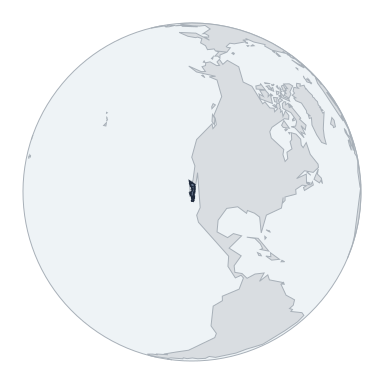 globe centered on Baja California Sur, rotated 37°
{"feature_id": "MEX-2707", "entity_name": "Baja California Sur", "entity_type": "State", "adm_level": 1, "iso_a3": "MEX", "parent_name": "Mexico", "parent_adm1": "", "projection": "orthographic", "projection_center": [-111.883, 25.437], "detail": "fine", "context": "on_globe", "style": "filled", "palette": "slate", "viewbox_px": 384, "rotation_deg": 37, "n_neighbors": 0, "source": "natural_earth", "source_scale": "10m", "svg_char_len": 12795}
<svg xmlns="http://www.w3.org/2000/svg" viewBox="0 0 384 384"><g transform="rotate(37 192 192)"><circle cx="192" cy="192" r="169" fill="#eef3f6" stroke="#a8b0b8"/><path d="M41.3,260.2L41.8,261.4L41.7,261.4L41.3,260.2ZM284.8,229.7L281.3,228.9L278.3,234.5L265.5,229.8L259.9,221.2L215.4,212.3L209.7,207.7L207.9,199.5L184.8,173.2L198.6,198.6L191.2,194.1L183.7,185.2L186.1,182.7L178.6,169.4L170.9,164.4L164.1,147.3L167.0,125.5L170.6,128.8L170.9,123.6L166.4,119.3L163.4,117.9L158.3,97.9L144.6,87.5L136.5,89.6L141.2,85.4L123.4,93.4L113.6,93.4L127.0,90.3L130.2,87.7L124.6,85.9L126.7,82.9L125.2,80.5L128.1,77.2L135.7,76.2L137.8,74.3L133.7,73.1L134.1,69.6L139.8,71.5L141.0,65.6L154.0,63.9L166.7,73.4L176.2,71.5L195.4,79.0L196.0,76.2L203.6,78.0L207.2,75.7L209.7,78.2L210.3,74.2L207.3,72.4L206.5,70.1L208.3,68.7L211.9,71.5L211.5,72.6L213.5,72.8L214.6,74.9L215.1,73.0L219.2,76.9L217.8,71.1L223.3,72.6L225.4,75.8L221.6,77.9L216.9,92.3L217.8,97.0L222.8,101.1L239.7,102.8L242.1,107.4L248.0,111.6L248.4,107.7L243.9,103.1L245.9,97.4L240.1,92.9L240.1,90.1L235.6,84.9L240.2,83.2L247.0,84.4L251.0,88.8L254.1,89.7L253.5,83.8L263.8,90.8L275.9,93.9L278.2,96.3L277.0,103.4L269.1,107.3L267.5,118.3L272.5,108.9L278.0,115.8L280.6,116.1L282.6,114.7L282.0,111.3L284.7,113.4L280.9,123.1L278.3,121.3L279.6,118.1L275.9,120.2L273.3,127.6L276.4,131.0L269.3,140.0L271.4,142.7L271.0,146.5L268.1,141.5L273.1,151.0L265.3,165.7L271.9,183.0L261.1,171.3L254.7,171.3L247.4,173.4L248.4,176.2L237.4,176.3L229.6,184.2L229.8,198.8L236.0,208.8L247.9,207.0L250.1,200.3L258.0,197.2L255.4,214.5L269.7,213.4L270.0,225.5L274.6,230.4L281.0,227.0L287.9,227.8L291.7,219.6L298.3,213.3L299.7,222.7L302.4,212.6L306.7,215.6L319.2,209.5L318.5,212.1L329.2,217.8L338.8,216.4L341.0,221.5L340.0,226.4L342.9,225.3L342.9,227.9L352.4,222.2L355.6,223.2L354.4,232.3L349.6,246.9L340.1,271.0L330.0,284.8L324.1,294.1L310.3,309.9L304.7,313.0L302.8,316.8L296.8,321.8L292.2,324.3L288.4,328.0L284.8,329.7L285.1,330.7L275.1,337.1L273.0,339.3L264.6,343.9L263.3,344.8L261.7,345.5L258.9,346.7L257.3,347.6L254.1,348.2L258.0,345.2L262.6,342.7L260.6,343.1L270.8,336.4L267.0,338.4L275.4,329.6L284.5,320.4L297.8,294.6L296.6,290.3L287.8,287.5L277.6,270.4L281.7,260.5L278.9,257.0L288.1,241.2L284.8,229.7ZM81.4,192.1L81.9,188.1L83.5,191.1L81.4,192.1ZM81.0,185.4L81.1,186.8L80.7,185.6L81.0,185.4ZM79.9,184.3L80.7,185.1L79.7,184.6L79.9,184.3ZM78.3,183.3L79.2,183.7L79.1,183.8L78.3,183.3ZM272.7,189.2L288.9,193.0L281.2,196.7L282.4,194.6L277.9,192.3L270.2,191.2L262.9,195.1L272.7,189.2ZM76.3,180.6L75.8,179.8L76.7,179.7L76.3,180.6ZM276.6,177.5L273.9,177.6L276.4,176.8L276.6,177.5ZM161.7,117.8L166.1,119.6L169.4,124.8L165.5,123.6L161.7,117.8ZM155.7,108.7L158.3,108.4L157.8,113.5L156.4,112.0L155.7,108.7ZM130.3,92.0L133.5,92.9L129.7,93.1L130.3,92.0ZM124.4,80.7L122.9,81.5L122.8,80.0L124.4,80.7ZM233.4,86.3L234.5,85.6L234.8,86.9L233.4,86.3ZM230.5,84.8L230.0,86.8L228.6,86.4L228.9,85.2L230.5,84.8ZM127.2,73.7L127.5,71.2L128.5,73.5L127.2,73.7ZM231.4,82.5L226.0,85.5L223.4,84.8L222.4,79.7L231.4,82.5ZM128.5,69.7L129.1,64.1L125.7,65.2L135.7,59.3L131.9,65.7L133.7,68.3L130.8,68.0L128.5,69.7ZM205.6,72.4L208.8,74.3L204.4,74.1L205.6,72.4ZM202.9,72.9L190.5,76.5L186.5,73.4L191.5,72.7L185.0,70.0L189.2,66.6L193.7,67.4L195.4,70.0L195.7,66.8L202.9,72.9ZM141.2,57.2L142.4,55.9L142.6,57.1L141.2,57.2ZM205.9,69.2L203.7,70.1L200.1,67.4L203.8,65.2L203.8,66.7L205.9,69.2ZM181.3,71.1L179.2,68.9L182.1,65.5L181.7,64.3L189.0,66.3L181.3,71.1ZM205.5,66.6L205.8,64.2L209.1,64.2L207.8,68.2L205.5,66.6ZM197.7,67.6L196.1,66.3L198.2,66.3L197.7,67.6ZM221.1,63.6L218.6,64.4L216.5,63.0L221.1,63.6ZM205.7,63.3L204.5,63.3L203.4,62.9L204.3,61.4L205.7,63.3ZM190.5,63.9L192.1,63.1L187.6,62.9L189.6,60.6L194.1,62.5L193.0,60.7L193.6,60.0L196.6,62.4L190.5,63.9ZM201.8,58.8L208.2,60.8L213.3,59.5L215.3,60.7L206.7,62.6L201.8,58.8ZM198.5,60.7L201.0,59.7L202.2,61.4L201.2,63.2L198.5,60.7ZM189.3,58.4L185.1,61.4L184.3,61.0L189.3,58.4ZM203.1,58.0L201.5,57.6L203.3,57.7L203.1,58.0ZM193.2,57.8L191.9,58.9L191.0,58.3L193.2,57.8ZM199.5,55.9L201.5,56.5L200.9,57.6L199.5,55.9ZM196.4,56.5L195.5,55.5L199.5,57.7L196.0,57.1L196.4,56.5ZM192.6,57.1L191.6,57.1L193.3,56.8L192.6,57.1ZM200.6,51.6L205.7,54.1L204.4,56.5L199.6,53.6L200.6,51.6ZM258.0,347.5L253.7,348.5L256.7,347.8L262.3,345.4L263.2,345.2L258.0,347.5ZM274.0,339.7L272.7,340.4L277.1,338.0L274.0,339.7ZM356.1,151.7L355.0,148.0L351.8,137.7L348.2,129.4L323.8,86.6L322.1,84.2L329.8,94.3L336.8,104.9L342.9,116.0L348.2,127.6L352.6,139.5L356.1,151.7ZM301.3,63.1L303.9,65.4L319.6,81.2L323.1,85.7L323.7,87.4L312.6,76.4L305.8,67.7L301.8,64.4L298.5,63.2L296.7,60.9L294.6,59.5L291.5,56.6L282.7,50.5L279.0,47.7L271.1,43.9L268.1,42.2L273.6,44.8L275.4,45.4L265.6,39.9L262.4,38.4L258.0,36.6L255.9,35.6L253.0,34.6L245.1,31.6L252.2,34.6L247.4,33.3L240.2,31.2L239.9,31.5L251.5,35.1L255.0,36.2L255.9,36.2L266.5,40.6L270.8,42.9L264.6,40.9L270.1,44.3L262.8,41.9L235.9,32.3L227.0,29.6L221.5,26.3L226.1,27.0L230.4,28.3L230.5,27.7L228.5,27.4L226.7,26.8L221.6,26.1L220.1,25.7L217.8,25.9L215.3,25.3L216.8,25.2L207.2,24.3L200.9,23.7L199.4,23.7L199.7,24.0L191.6,23.4L190.9,23.5L193.2,23.7L193.4,24.1L190.4,24.9L187.8,24.6L188.5,24.3L186.0,23.5L188.3,23.2L186.9,23.2L184.3,23.5L187.3,24.3L186.3,24.9L184.2,24.4L184.9,24.6L183.5,24.9L179.8,25.0L181.8,25.6L170.7,30.5L162.3,31.7L161.6,30.3L151.1,35.0L142.4,37.1L144.6,37.2L141.1,40.1L143.7,39.4L144.5,39.7L136.6,48.2L132.7,50.4L131.8,55.1L133.0,55.3L135.8,53.8L135.7,59.3L125.7,65.2L123.6,64.4L118.7,69.0L114.7,67.0L109.1,67.7L107.6,63.5L103.3,64.9L101.9,66.6L95.0,70.1L85.7,72.3L99.5,62.8L114.6,60.3L109.0,60.4L112.1,58.3L111.2,57.1L107.1,57.7L105.5,59.0L108.4,50.9L102.2,51.1L98.1,55.0L92.9,58.6L82.3,64.6L80.7,64.9L90.0,57.3L99.8,50.4L110.1,44.2L120.8,38.8L131.9,34.1L143.3,30.2L154.9,27.2L166.7,24.9L178.6,23.6L190.6,23.0L202.7,23.4L214.6,24.6L226.5,26.6L238.1,29.5L249.6,33.1L260.7,37.6L271.5,42.9L281.9,48.9L291.8,55.7L301.3,63.1ZM336.1,103.9L337.7,106.5L336.1,103.9ZM319.5,209.1L321.2,210.2L319.3,211.3L319.5,209.1ZM280.8,201.0L283.9,200.3L285.8,201.2L283.6,202.5L280.8,201.0ZM304.9,192.4L308.0,191.9L305.1,194.1L304.9,192.4ZM291.3,193.3L302.4,193.1L296.6,198.5L289.5,198.7L293.9,196.2L291.3,193.3ZM276.8,183.6L278.8,183.7L278.7,185.7L276.8,183.6ZM278.4,176.9L277.7,177.3L276.4,176.2L278.4,176.9ZM278.2,115.2L278.6,114.5L281.0,113.7L280.6,115.4L278.2,115.2ZM287.0,103.1L291.2,106.8L288.0,105.2L288.3,108.0L281.8,108.4L279.0,97.6L281.4,102.2L287.0,103.1ZM272.4,106.6L276.8,107.2L272.1,107.0L272.4,106.6ZM285.6,56.6L286.1,55.9L289.5,58.0L294.2,62.8L289.3,59.7L285.6,56.6ZM286.0,54.7L278.5,52.1L275.2,49.5L278.3,51.3L276.9,49.8L281.5,52.5L285.8,53.0L289.0,55.0L296.0,61.9L291.9,58.4L291.7,59.0L286.0,54.7ZM265.0,54.3L261.7,54.3L258.9,48.4L262.3,49.2L267.3,53.6L266.2,55.4L265.0,54.3ZM230.7,73.4L229.6,74.6L228.6,73.7L228.7,72.0L230.7,73.4ZM220.1,64.1L234.4,67.6L233.9,69.1L242.9,70.0L245.0,74.3L239.1,73.4L247.5,77.7L243.1,78.6L248.9,81.2L235.5,78.8L231.9,80.2L235.1,77.0L233.3,73.0L231.3,71.7L223.2,69.1L214.3,70.6L211.0,67.3L211.1,64.5L212.7,63.7L214.3,66.0L215.3,63.2L218.9,66.0L220.1,64.1ZM213.4,40.5L214.6,42.5L217.2,39.3L220.8,41.3L220.9,40.8L224.9,41.8L230.0,42.4L231.1,43.5L232.6,43.3L235.3,44.1L237.7,44.3L240.5,46.5L243.7,46.9L243.2,47.7L247.9,48.0L245.7,48.8L249.0,50.3L249.4,48.7L258.8,62.5L264.4,68.3L270.4,73.0L265.7,74.4L257.2,71.3L247.5,66.3L242.7,60.8L241.5,62.7L238.8,60.7L240.9,60.0L236.1,59.9L234.5,58.2L225.9,55.1L220.0,56.6L216.7,55.7L218.2,54.3L213.8,54.5L214.4,51.3L212.1,50.7L210.4,47.1L214.6,45.1L211.7,44.6L210.2,42.2L213.4,40.5ZM200.3,50.5L204.5,47.1L208.6,46.7L209.9,53.1L212.0,54.1L213.0,58.6L207.1,59.3L207.3,57.9L206.2,56.7L208.5,57.0L205.8,55.9L206.1,54.0L204.1,52.8L206.0,51.9L200.3,50.5ZM271.9,43.7L269.9,42.6L270.6,42.8L272.8,43.9L271.9,43.7ZM222.0,33.0L222.0,33.9L220.8,33.7L217.6,34.9L214.7,33.8L215.5,32.7L222.0,33.0ZM218.3,32.0L217.3,32.6L216.4,31.7L218.3,32.0ZM212.4,33.2L211.0,32.2L214.0,33.9L212.4,33.2ZM192.0,26.5L199.7,25.8L203.2,25.1L202.2,24.4L207.0,25.4L201.4,26.3L192.0,26.5ZM173.6,29.8L174.5,30.9L172.0,31.1L171.4,30.8L173.6,29.8ZM175.7,30.0L180.9,30.4L180.0,31.4L176.1,30.9L175.7,30.0ZM199.8,30.2L202.3,29.9L202.9,30.6L199.8,30.2ZM40.1,260.8L41.6,263.6L40.4,262.3L40.1,260.8ZM41.7,261.4L40.3,260.0L41.3,260.2L41.7,261.4ZM31.5,244.8L32.3,247.0L32.3,246.9L31.5,244.8ZM31.2,243.7L30.8,242.3L31.4,244.5L31.2,243.7ZM66.8,78.5L66.3,79.3L70.1,75.5L70.6,75.4L66.3,79.9L60.5,86.0L61.5,84.7L66.8,78.5ZM71.9,73.8L78.4,68.9L74.3,73.8L71.9,75.9L70.7,76.0L72.9,73.4L71.9,73.8ZM78.7,69.3L80.9,66.9L95.2,57.4L97.1,56.7L84.1,65.8L85.6,64.1L82.8,65.8L78.7,69.3ZM140.8,55.9L142.3,55.9L140.5,56.8L140.8,55.9ZM146.1,39.3L146.9,39.9L144.8,40.7L146.1,39.3ZM147.9,42.0L149.7,40.6L148.9,42.2L147.9,42.0ZM153.6,37.8L151.0,40.2L151.9,37.8L153.6,37.8Z" fill="#d9dde1" stroke="#a8b0b8" stroke-width="1"/><path d="M186.2,184.4L189.7,184.4L189.7,184.8L189.8,184.9L189.9,185.2L190.0,185.3L190.1,185.5L190.4,185.6L190.8,185.8L190.9,186.3L191.1,186.4L191.2,186.7L191.1,186.8L191.3,186.9L191.5,187.0L191.8,187.1L191.7,187.3L191.6,187.5L191.8,187.7L192.0,187.9L192.1,188.0L192.1,188.3L192.2,188.5L192.3,188.7L192.5,188.6L192.2,188.2L192.2,187.9L192.2,187.7L192.4,187.8L192.4,188.0L192.6,188.0L192.9,188.3L192.8,188.7L193.1,188.8L193.1,189.0L193.2,189.3L193.3,189.4L193.3,189.5L193.4,190.0L193.5,190.0L193.4,190.3L193.5,190.8L193.5,191.0L193.8,191.5L194.0,191.7L194.2,191.8L194.3,191.8L194.3,192.0L194.4,192.3L194.5,192.4L194.5,192.5L194.6,192.9L194.9,193.2L195.0,193.2L195.0,193.4L195.2,193.6L195.3,193.8L195.2,194.1L195.1,194.6L195.2,194.8L195.2,195.2L195.3,195.3L195.4,195.5L195.6,195.6L196.2,195.7L196.1,195.8L195.9,195.7L195.9,195.9L196.1,195.9L196.2,195.7L196.3,195.6L196.2,195.5L196.2,195.4L196.2,195.5L196.1,195.3L196.2,195.2L196.3,195.2L196.4,195.3L196.5,195.4L196.6,195.5L196.8,195.6L197.0,195.7L197.1,196.1L197.3,196.1L197.5,196.0L197.5,196.4L197.5,196.5L197.9,196.8L197.9,197.2L198.5,197.5L198.6,197.8L198.6,198.0L198.6,198.5L198.4,198.8L197.9,199.0L197.6,199.3L197.4,199.5L197.2,199.5L196.9,199.3L196.8,199.1L196.6,198.2L196.3,197.6L196.1,197.4L195.5,197.2L195.3,197.0L194.9,196.5L194.3,195.9L193.8,195.6L193.2,195.3L193.4,195.4L193.1,195.2L192.8,194.9L192.6,194.6L192.2,194.6L192.3,194.7L192.2,194.7L192.1,194.3L191.8,194.0L191.8,193.9L191.7,193.7L191.7,193.9L191.8,193.9L191.7,194.0L191.8,194.0L191.7,194.0L191.6,193.9L191.6,194.0L191.4,193.9L191.4,193.7L191.5,193.4L191.4,193.3L191.4,193.6L191.2,193.4L191.3,193.4L191.4,193.2L191.3,192.8L191.5,192.5L191.5,192.2L191.6,191.9L191.5,191.4L191.5,191.2L191.4,191.8L191.4,191.0L191.2,190.5L191.1,190.2L190.9,190.2L190.8,189.8L190.6,189.6L190.4,189.6L190.2,189.5L190.2,189.4L190.1,189.5L190.1,189.4L189.9,189.4L189.8,189.2L189.2,188.8L189.2,188.7L188.9,188.6L188.9,188.4L188.7,188.1L188.4,188.0L188.6,187.9L188.7,187.7L188.5,187.8L188.4,187.9L188.3,188.1L188.1,188.0L187.8,187.9L187.7,188.0L187.4,188.2L187.2,187.9L186.9,187.5L186.7,187.4L186.4,187.4L186.1,187.0L186.0,186.9L185.7,186.9L185.7,187.0L185.4,186.8L185.3,186.7L185.2,186.7L185.2,186.4L185.1,186.1L184.9,186.0L184.9,185.9L184.5,185.8L184.4,185.5L184.3,185.4L184.3,185.5L184.2,185.4L184.3,185.4L184.2,185.3L184.0,185.2L183.9,185.2L183.7,184.9L183.8,184.8L184.2,184.9L184.3,184.9L184.6,184.9L184.6,185.0L184.9,185.0L185.1,185.0L185.4,185.0L185.6,184.8L185.7,185.0L185.8,185.3L186.1,185.4L186.2,185.5L186.3,185.4L186.6,185.4L186.7,185.2L186.4,185.1L186.2,185.3L186.0,185.0L186.0,184.9L186.1,184.7L185.8,184.7L186.0,184.4L186.2,184.6L186.2,184.4ZM191.3,194.4L191.5,194.5L191.4,194.6L191.2,194.3L191.3,194.2L191.2,194.0L191.0,193.9L191.0,194.0L190.9,193.9L191.1,193.2L191.3,192.5L191.2,193.2L191.3,193.4L191.2,193.4L191.2,193.5L191.4,194.2L191.3,194.3L191.3,194.4ZM192.3,194.9L192.4,195.1L192.5,195.1L192.5,195.4L192.3,195.2L192.0,194.9L191.7,194.7L192.0,194.7L192.2,194.9L192.3,194.9ZM195.1,193.2L195.4,193.2L195.5,193.2L195.5,193.4L195.6,193.6L195.4,193.5L195.2,193.2L195.1,193.2ZM194.1,190.2L194.2,190.4L193.9,190.6L193.8,190.9L193.7,190.8L193.8,190.5L193.9,190.4L193.9,190.2L194.0,190.2L194.1,190.2ZM197.2,195.1L197.6,195.7L197.6,195.8L197.4,195.7L197.2,195.2L197.2,195.1ZM196.2,194.7L196.3,194.8L196.2,194.9L196.2,195.0L196.1,194.9L196.0,194.7L195.9,194.5L196.0,194.5L196.2,194.7ZM195.0,191.5L194.9,191.4L194.9,191.2L195.0,191.5L195.0,191.5ZM188.4,188.2L188.6,188.2L188.7,188.4L188.4,188.2L188.4,188.2ZM191.5,186.9L191.4,186.7L191.5,186.6L191.6,186.8L191.5,186.9ZM192.9,195.1L193.0,195.2L193.1,195.3L192.9,195.2L192.6,195.2L192.9,195.1ZM191.3,192.4L191.4,191.9L191.4,192.3L191.4,192.5L191.3,192.4ZM194.2,191.2L194.3,191.2L194.3,191.4L194.2,191.2ZM195.1,192.4L195.1,192.5L195.1,192.4ZM183.3,184.7L183.5,184.7L183.4,184.8L183.3,184.7ZM193.6,190.0L193.6,189.9L193.6,190.0L193.6,190.0ZM195.5,193.8L195.5,193.7L195.5,193.8L195.5,193.8ZM193.7,190.9L193.7,191.0L193.7,190.9Z" fill="#64748b" stroke="#1e293b" stroke-width="1.5"/></g></svg>